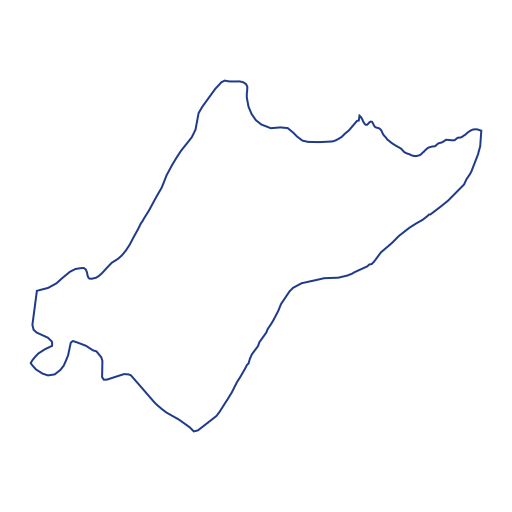 the district of El Tumbador, San Marcos, Guatemala
{"feature_id": "79465075B55604290540821", "entity_name": "El Tumbador", "entity_type": "district", "adm_level": 2, "iso_a3": "GTM", "parent_name": "Guatemala", "parent_adm1": "San Marcos", "projection": "natural_earth1", "projection_center": [-91.93, 14.845], "detail": "fine", "context": "isolated", "style": "outline", "palette": "blue", "viewbox_px": 512, "rotation_deg": 0, "n_neighbors": 0, "source": "geoboundaries", "source_scale": "gbopen_adm2", "svg_char_len": 3329}
<svg xmlns="http://www.w3.org/2000/svg" viewBox="0 0 512 512"><path d="M30.7,363.0L31.7,364.6L35.9,369.4L42.5,373.6L48.0,375.4L54.7,374.4L60.3,370.0L63.7,365.7L66.0,360.5L68.1,355.3L70.7,343.0L71.4,342.1L72.7,341.1L73.8,341.2L74.8,341.7L76.8,342.3L86.0,345.8L92.9,350.3L96.5,351.4L101.3,357.3L102.4,361.0L102.1,377.1L103.8,379.7L106.6,379.7L124.0,374.1L128.5,374.4L130.9,375.3L154.7,402.7L157.1,405.0L161.9,409.1L166.5,412.6L179.1,419.7L189.7,427.3L193.8,431.4L197.9,430.4L210.5,420.6L216.4,416.0L219.8,411.5L226.0,401.7L227.1,400.1L231.7,392.6L237.0,382.1L240.2,377.1L245.0,368.8L247.1,364.7L248.5,363.6L249.9,358.8L251.9,354.3L258.0,346.1L259.4,342.2L266.4,332.4L267.6,329.2L271.3,323.7L273.7,319.6L278.2,311.0L281.0,304.1L289.5,291.4L293.1,287.8L301.7,283.2L319.0,279.4L324.1,278.2L338.2,277.7L347.9,275.4L349.1,274.8L351.7,273.9L353.0,273.1L354.3,272.3L367.2,266.4L369.3,264.5L371.6,264.1L373.9,261.8L375.6,259.6L380.9,252.4L391.9,243.0L399.2,235.7L405.6,230.7L409.6,227.6L416.1,223.5L422.5,219.9L427.5,216.0L428.8,214.6L430.3,214.5L440.8,206.5L448.1,200.6L464.1,184.4L466.4,179.4L470.0,174.0L471.3,171.7L478.2,153.9L478.4,152.7L480.2,146.3L481.3,130.7L479.7,130.2L478.5,129.8L477.5,129.4L475.5,129.3L473.9,129.4L472.9,129.6L471.5,130.1L469.3,131.4L468.4,132.0L467.2,133.0L466.2,133.9L465.0,134.9L463.6,135.7L462.7,136.5L460.7,137.5L459.2,137.6L457.8,137.7L456.6,138.6L454.6,140.2L453.1,140.3L452.0,140.3L449.3,140.0L448.0,139.9L445.8,139.9L444.5,140.8L442.7,142.0L441.6,142.5L440.0,142.9L438.6,143.3L437.3,144.2L436.1,145.3L435.1,146.2L431.9,146.6L429.7,147.2L428.1,147.8L426.5,149.1L424.9,150.5L423.8,151.8L422.7,152.6L421.2,154.2L420.3,154.8L419.3,155.3L417.8,155.7L416.7,156.0L415.7,156.1L413.6,155.9L411.4,155.3L409.4,154.2L407.3,153.6L405.5,152.8L403.9,151.8L402.7,150.4L401.3,148.8L399.3,147.6L395.7,145.6L391.8,143.1L389.0,140.8L387.2,139.4L385.8,137.4L384.7,136.3L383.5,134.9L382.8,133.7L382.1,132.2L381.7,131.1L380.7,129.6L379.5,128.6L378.6,128.1L376.8,127.7L375.6,127.3L374.7,126.6L373.9,125.3L373.4,124.2L372.8,123.1L372.0,121.8L370.7,121.6L369.4,122.3L368.3,123.6L367.2,124.7L366.2,124.9L364.9,124.2L363.8,122.5L363.1,121.3L362.3,119.4L360.9,117.0L359.5,115.7L358.8,120.5L356.9,121.0L348.9,130.4L344.9,133.7L341.7,136.9L338.3,139.0L335.4,140.5L332.8,141.4L326.2,141.8L319.2,142.1L312.6,142.0L308.1,141.9L302.4,140.6L296.9,136.4L293.3,132.7L287.7,128.1L280.4,127.4L270.8,128.2L261.3,124.5L255.8,120.1L251.6,114.0L248.5,106.7L246.8,97.5L246.8,96.0L246.8,93.5L247.2,90.4L247.3,86.7L246.1,84.2L243.0,82.1L239.4,81.4L234.4,81.5L228.9,81.4L224.8,80.6L221.4,82.2L219.8,84.0L215.3,88.8L202.4,106.6L200.8,109.3L198.6,113.1L195.5,129.7L191.8,137.2L188.7,141.2L185.4,145.3L181.0,150.8L176.5,157.7L172.1,165.0L169.0,170.8L166.6,175.2L164.4,180.9L161.6,187.8L157.1,195.5L154.3,200.6L149.1,210.3L143.9,218.6L142.4,221.3L140.8,223.5L138.5,228.3L133.4,237.6L129.8,244.5L126.0,250.3L122.4,254.8L120.1,257.0L117.9,258.9L111.7,262.8L107.3,267.4L101.9,273.3L98.7,276.1L95.9,277.8L91.4,278.8L89.2,278.5L88.2,277.3L87.6,275.6L86.9,272.2L85.8,269.5L83.8,268.0L81.1,268.1L75.4,269.0L69.9,271.8L61.8,278.5L56.5,283.3L48.1,287.9L36.9,290.8L32.4,324.9L33.6,329.8L36.7,332.6L47.9,337.7L51.8,341.5L52.2,343.7L52.0,345.9L49.9,346.9L45.0,349.2L38.3,353.5L35.3,356.7L32.7,359.8L30.7,363.0Z" fill="none" stroke="#1e3a8a" stroke-width="2"/></svg>